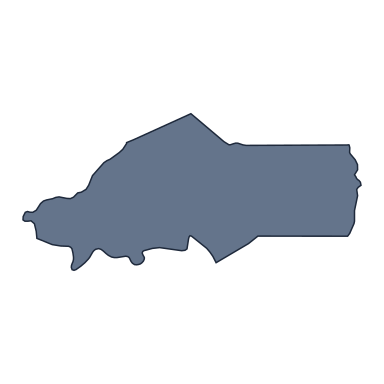 outline of Rumphi
{"feature_id": "MWI-1903", "entity_name": "Rumphi", "entity_type": "District", "adm_level": 1, "iso_a3": "MWI", "parent_name": "Malawi", "parent_adm1": "", "projection": "mercator", "projection_center": [33.827, -10.78], "detail": "fine", "context": "isolated", "style": "filled", "palette": "slate", "viewbox_px": 384, "rotation_deg": 0, "n_neighbors": 0, "source": "natural_earth", "source_scale": "10m", "svg_char_len": 1701}
<svg xmlns="http://www.w3.org/2000/svg" viewBox="0 0 384 384"><path d="M348.3,144.8L349.1,145.0L349.8,147.8L349.6,152.4L350.2,153.8L355.2,159.8L357.5,164.6L357.6,169.8L354.5,174.8L356.0,177.0L356.4,178.1L357.4,179.4L359.0,180.5L360.4,182.2L361.0,185.3L358.1,187.4L356.7,189.5L357.6,195.7L354.5,210.6L354.5,221.2L354.0,223.6L349.7,233.4L347.6,236.2L346.4,236.2L257.9,236.1L248.5,243.6L216.1,262.7L212.9,256.4L210.0,252.2L206.7,248.3L191.6,236.2L190.0,235.7L189.1,236.9L188.6,238.6L187.0,248.9L185.0,250.3L181.7,250.7L159.6,247.6L152.4,248.4L143.9,250.7L142.7,251.5L142.2,253.0L142.7,254.4L143.4,255.8L144.0,256.8L144.4,257.9L144.2,259.3L143.4,261.1L142.0,262.7L140.4,263.9L138.5,264.5L136.6,264.8L134.5,264.6L132.4,263.2L131.1,261.5L129.2,257.6L127.8,256.6L125.8,256.2L116.9,257.6L114.3,257.6L111.5,257.0L108.3,255.3L105.9,253.4L103.4,251.1L101.1,249.4L98.7,248.6L95.6,249.3L93.9,250.6L92.7,252.1L89.7,257.3L88.4,259.0L84.9,262.7L80.8,266.2L76.0,269.6L74.0,270.3L72.1,269.7L71.3,267.3L71.5,265.4L72.2,263.4L73.0,261.6L73.5,259.3L73.5,257.0L72.9,252.8L71.9,248.7L70.6,247.2L68.7,246.3L60.8,246.0L52.2,244.6L41.4,240.2L36.9,238.4L36.2,231.2L34.4,223.7L31.0,220.8L27.8,221.2L24.9,221.2L23.0,219.9L23.2,216.5L25.3,212.3L27.5,211.5L29.9,212.2L32.8,212.3L36.3,210.2L40.6,203.5L43.5,201.0L46.7,199.9L52.6,198.7L55.8,197.4L59.1,196.9L66.8,198.4L70.4,198.6L73.5,197.2L77.7,192.9L81.3,192.2L86.1,189.3L88.7,185.2L92.5,175.6L103.9,162.7L107.0,160.6L110.0,159.3L119.2,152.6L122.8,149.3L126.6,143.5L126.6,142.6L133.2,139.9L190.9,113.7L224.0,141.7L229.0,144.8L230.6,144.7L233.5,143.7L235.8,143.1L237.9,143.2L243.0,144.9L246.1,145.4L347.3,145.0L348.3,144.8Z" fill="#64748b" stroke="#1e293b" stroke-width="1.5"/></svg>